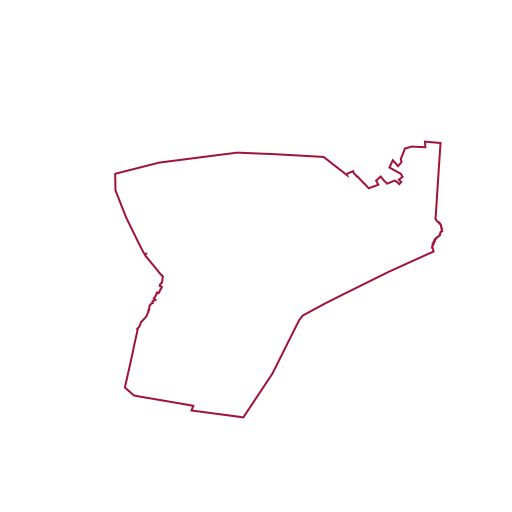 Cranendonck, Noord-Brabant, Netherlands (Natural Earth projection), rotated 23°
{"feature_id": "6326949B25939661204192", "entity_name": "Cranendonck", "entity_type": "district", "adm_level": 2, "iso_a3": "NLD", "parent_name": "Netherlands", "parent_adm1": "Noord-Brabant", "projection": "natural_earth1", "projection_center": [5.605, 51.287], "detail": "fine", "context": "isolated", "style": "outline", "palette": "rose", "viewbox_px": 512, "rotation_deg": 23, "n_neighbors": 0, "source": "geoboundaries", "source_scale": "gbopen_adm2", "svg_char_len": 4893}
<svg xmlns="http://www.w3.org/2000/svg" viewBox="0 0 512 512"><g transform="rotate(23 256 256)"><path d="M381.7,79.9L366.9,84.7L369.4,89.7L356.7,94.4L354.4,96.2L353.2,97.2L351.1,98.8L351.3,104.9L351.4,109.1L351.2,109.8L351.9,110.8L353.2,112.5L353.1,113.0L352.7,114.4L352.1,116.4L351.7,117.8L349.6,116.8L349.6,116.7L344.5,114.4L344.3,122.4L357.3,123.8L360.0,125.9L359.8,126.2L357.7,130.0L360.8,131.1L359.8,133.9L358.1,133.3L357.7,133.2L357.1,132.8L356.7,132.7L356.4,132.6L356.0,132.6L355.6,132.6L355.0,132.6L354.7,132.6L354.3,132.5L354.2,132.4L348.4,138.2L347.8,137.9L347.4,137.7L344.4,136.6L342.8,135.8L339.8,134.1L339.3,135.1L338.9,135.7L338.5,136.8L338.3,137.2L337.9,137.9L337.5,138.8L337.1,139.7L340.8,142.6L333.3,149.6L327.2,146.9L327.0,147.1L318.5,143.2L318.2,143.5L314.1,141.7L313.5,141.3L313.2,141.1L312.3,140.0L308.8,143.5L308.7,143.7L308.1,144.3L308.0,144.7L307.9,145.0L307.9,145.3L307.9,145.5L308.0,145.7L308.1,145.9L308.2,146.0L291.1,141.5L289.3,141.0L288.2,140.7L279.5,138.4L231.1,155.8L226.4,157.6L220.1,160.0L204.7,165.8L202.3,166.7L198.4,168.2L197.8,168.5L197.1,168.9L193.7,170.9L183.5,176.8L163.0,188.8L158.4,191.5L143.0,200.5L130.5,207.8L114.4,220.0L108.8,224.3L103.2,228.5L98.5,232.1L94.3,235.3L94.4,235.7L101.0,250.5L121.0,270.9L146.6,293.1L148.1,294.2L148.8,294.8L149.6,295.6L150.7,296.4L150.8,296.6L151.3,296.9L152.0,297.4L152.3,297.4L152.8,297.3L153.1,297.2L153.5,297.0L153.7,296.9L154.0,296.8L154.0,297.1L153.6,298.6L153.9,298.9L155.5,299.8L155.7,299.7L159.6,301.8L162.8,303.5L163.9,304.0L165.0,304.6L165.3,304.7L165.6,304.9L168.9,306.7L169.9,307.2L170.3,307.4L170.5,307.5L170.9,307.7L171.0,307.8L171.6,308.1L171.9,308.3L172.6,308.7L173.1,308.9L173.2,309.0L173.4,309.1L173.7,309.2L173.9,309.3L174.3,309.6L174.7,309.7L174.9,309.9L175.2,310.0L175.5,310.1L175.9,310.4L176.2,310.3L176.4,310.3L176.8,310.5L177.0,310.5L177.3,310.6L177.5,310.8L177.8,310.9L178.0,311.1L178.1,311.3L178.2,311.5L178.4,311.5L178.4,311.8L178.4,312.2L178.5,312.5L178.6,312.8L178.7,313.0L179.2,314.6L179.2,314.9L179.4,315.3L179.5,315.8L179.5,316.3L179.5,316.6L179.6,316.8L179.7,317.2L179.7,317.4L179.5,317.8L179.5,318.0L179.1,318.7L179.0,319.0L179.0,319.4L178.8,319.9L178.9,320.2L179.0,320.4L179.0,320.7L179.1,321.2L180.6,321.1L181.1,321.1L181.4,321.2L181.4,321.5L181.5,322.0L181.4,322.5L181.3,323.1L181.2,323.8L181.1,324.5L181.0,325.2L180.9,325.8L181.1,326.2L181.1,326.6L181.1,327.3L181.0,327.7L180.7,328.4L180.5,328.5L180.3,328.4L179.8,328.2L179.5,328.1L179.3,328.1L179.2,328.1L179.1,328.4L179.1,328.5L179.2,328.9L179.3,329.4L179.2,329.7L179.1,330.0L179.2,330.6L179.1,330.8L179.1,331.0L179.2,331.8L179.2,332.1L179.1,332.5L179.0,333.0L178.8,333.9L178.5,335.1L180.6,335.6L180.2,336.2L179.6,337.0L179.3,337.3L179.0,337.6L178.8,337.8L178.5,338.3L178.5,338.6L178.7,338.9L179.4,339.6L178.5,340.5L178.2,341.0L177.6,342.7L177.4,343.4L178.0,344.9L178.2,347.8L178.6,347.7L178.7,352.8L178.7,354.4L176.7,360.1L175.9,361.8L176.2,364.0L176.2,366.5L175.1,369.6L175.8,369.9L178.3,383.4L180.7,395.6L183.0,407.9L186.4,426.9L186.7,428.3L198.3,432.1L210.0,429.4L233.6,423.8L256.8,418.4L257.0,423.4L307.4,409.5L317.1,357.6L320.2,307.7L320.8,298.2L322.3,292.5L338.3,272.5L349.9,258.8L384.6,218.4L413.9,186.6L416.0,184.4L417.6,182.6L417.7,182.4L417.7,182.2L417.4,182.0L417.0,181.7L416.5,180.8L415.9,180.4L415.4,179.8L415.4,179.6L415.1,179.6L414.9,179.6L414.5,178.8L414.5,178.7L414.6,178.4L414.4,178.0L414.4,177.9L414.8,177.0L414.8,176.9L414.7,176.7L414.4,176.3L414.3,176.2L413.9,176.0L413.8,175.8L414.6,175.3L414.4,175.0L414.3,174.9L414.7,174.1L414.4,173.9L414.0,173.9L413.9,173.6L413.9,173.4L414.0,173.3L414.2,173.1L414.4,172.9L414.7,172.7L414.6,172.3L414.6,172.0L414.6,171.8L414.6,171.6L414.4,171.5L414.1,171.5L414.1,171.0L414.2,170.9L414.3,170.9L414.5,170.7L414.5,170.4L414.4,170.2L414.5,170.0L414.7,169.9L414.9,169.8L415.0,169.7L414.9,169.5L414.8,169.3L414.8,169.2L414.9,168.9L415.0,168.8L415.2,168.7L415.1,168.4L415.2,168.2L415.3,168.0L415.4,167.9L415.9,167.5L416.0,167.4L416.1,167.2L416.2,166.6L416.5,166.3L416.6,166.1L416.6,165.9L416.5,165.6L416.6,165.4L417.2,165.1L417.1,164.5L416.7,163.6L416.9,163.2L416.6,162.6L416.6,162.4L416.8,162.0L416.7,161.8L416.7,161.7L416.6,161.4L416.9,161.2L417.0,161.1L417.1,160.9L417.3,160.8L417.4,160.6L417.5,160.5L417.7,160.2L416.9,159.4L416.6,159.1L416.6,158.6L416.6,158.4L416.0,158.3L415.9,158.2L415.8,157.3L415.7,157.2L415.1,156.9L414.9,156.7L414.8,156.3L414.6,156.2L414.4,156.0L414.3,155.8L414.3,155.6L414.2,155.4L414.0,155.2L413.6,155.0L413.6,154.9L413.6,154.7L413.4,154.6L413.1,154.5L412.6,154.5L412.4,154.5L412.4,154.4L412.3,154.2L412.2,154.0L412.1,153.9L411.9,153.7L411.7,153.6L411.6,153.8L411.4,153.9L411.1,153.9L410.6,153.7L410.2,153.5L410.0,153.4L409.8,153.3L408.5,153.0L408.1,152.8L408.0,152.7L407.7,152.4L407.3,152.0L407.2,151.9L406.9,151.8L406.7,151.8L405.7,148.7L401.9,137.7L395.9,120.7L387.9,97.7L381.7,79.9Z" fill="none" stroke="#9f1239" stroke-width="2"/></g></svg>